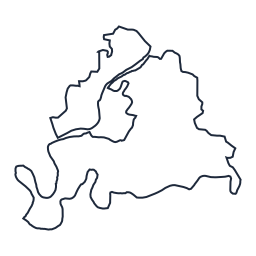 Banha, Al Qalyubiyah, Egypt (Mercator projection)
{"feature_id": "37247803B8473784659060", "entity_name": "Banha", "entity_type": "district", "adm_level": 2, "iso_a3": "EGY", "parent_name": "Egypt", "parent_adm1": "Al Qalyubiyah", "projection": "mercator", "projection_center": [31.169, 30.453], "detail": "fine", "context": "isolated", "style": "outline", "palette": "slate", "viewbox_px": 256, "rotation_deg": 0, "n_neighbors": 0, "source": "geoboundaries", "source_scale": "gbopen_adm2", "svg_char_len": 5737}
<svg xmlns="http://www.w3.org/2000/svg" viewBox="0 0 256 256"><path d="M89.5,132.0L87.4,132.7L86.1,133.4L84.1,133.6L82.7,134.5L81.6,135.7L80.9,135.9L78.8,136.3L74.1,136.4L69.6,137.0L65.9,138.0L63.3,139.1L61.0,139.5L58.5,140.2L54.9,141.6L51.8,143.0L50.7,143.8L49.7,144.0L48.9,144.7L48.1,146.2L47.9,147.1L48.0,149.5L48.4,151.6L50.3,156.3L53.8,161.3L54.5,163.4L56.4,166.7L57.9,170.4L58.1,171.5L57.7,172.9L57.8,174.2L57.8,175.5L57.1,177.5L57.3,178.6L57.2,179.5L56.5,181.6L56.3,183.5L55.8,183.8L56.0,185.2L56.0,187.0L55.5,189.9L54.4,192.1L53.0,194.2L51.0,196.4L49.8,197.2L48.4,197.7L47.0,197.9L45.7,197.8L43.4,197.4L42.3,197.0L41.2,196.3L39.2,194.1L38.1,192.2L37.3,189.3L36.5,187.0L36.2,184.6L35.4,182.1L34.3,177.3L32.7,173.7L31.3,171.0L29.3,169.4L27.9,168.7L26.8,167.9L25.0,167.0L23.3,165.6L22.0,165.7L19.0,165.8L17.6,166.1L16.3,166.6L15.8,167.7L15.5,168.7L15.5,171.3L15.9,173.0L15.5,173.8L15.4,174.7L15.9,176.7L16.7,178.3L17.5,179.6L18.5,180.7L25.5,186.3L29.7,190.3L30.8,191.8L31.5,193.7L33.7,197.6L33.6,199.7L33.4,201.0L32.7,202.7L32.8,203.0L32.6,203.7L31.5,206.2L30.0,208.5L27.7,212.9L26.2,214.7L25.5,216.3L24.3,217.1L23.3,218.5L26.2,220.4L28.3,222.1L29.0,223.3L29.9,224.4L31.1,225.0L32.3,226.0L34.3,227.2L36.0,228.0L37.2,228.3L39.9,228.4L40.9,228.8L42.0,228.7L43.3,228.9L44.8,228.9L48.1,229.5L49.1,229.5L50.1,229.3L51.9,229.3L55.5,227.9L58.5,225.8L59.8,225.1L60.5,224.2L61.9,221.6L62.2,220.5L62.3,218.9L62.7,216.6L62.6,209.1L62.2,207.3L60.7,204.3L60.5,203.5L60.4,201.3L60.8,200.3L61.6,199.5L65.1,198.4L69.6,198.8L71.5,198.4L72.6,197.8L73.9,196.8L75.0,195.5L76.8,191.4L78.0,189.0L80.1,185.6L81.2,184.3L82.4,184.1L84.8,181.8L86.3,178.7L86.6,175.9L87.6,172.0L89.6,169.5L91.4,169.8L92.9,169.6L93.9,169.8L95.9,171.5L96.6,173.2L97.6,174.6L97.1,177.9L95.9,179.7L95.4,181.9L93.4,184.9L92.4,187.6L91.3,189.8L90.4,194.4L90.6,197.0L92.0,199.7L93.5,201.8L94.3,203.4L96.6,206.2L97.9,207.3L100.1,208.0L102.6,208.5L104.5,208.5L107.8,208.1L110.1,202.9L110.3,194.9L110.1,193.9L110.4,192.5L112.0,191.9L113.9,192.6L116.8,193.1L118.5,193.3L120.6,193.2L122.0,193.4L123.7,193.2L125.4,193.2L126.8,192.2L128.8,192.3L130.1,192.6L131.4,193.3L133.3,194.6L136.8,197.5L139.3,197.7L142.3,197.7L146.4,197.0L155.0,193.6L157.9,192.3L161.8,190.3L165.4,187.9L170.0,185.8L172.5,185.2L174.8,185.1L183.5,187.0L186.8,188.1L189.1,189.3L191.0,188.8L194.2,185.1L194.7,184.2L197.4,180.7L199.3,177.9L200.3,177.0L201.3,176.5L202.7,176.0L204.2,175.8L205.7,175.9L210.8,177.1L215.5,177.3L220.9,177.0L225.1,176.7L228.7,175.9L230.4,176.6L231.1,178.5L230.5,181.7L230.3,190.1L230.5,191.3L231.1,192.3L232.8,193.6L235.6,193.8L236.4,192.8L237.2,190.2L239.3,186.2L240.1,183.9L240.3,182.3L240.3,181.0L240.6,179.7L234.9,170.2L232.8,167.3L229.8,165.8L228.4,163.2L226.5,157.6L227.3,157.9L230.4,157.8L232.7,156.7L233.6,152.0L235.3,148.3L231.5,145.6L227.9,142.7L226.1,141.6L224.6,136.6L220.2,135.7L217.3,135.7L211.2,135.1L208.4,133.0L206.6,130.8L205.2,129.8L199.0,129.2L197.0,127.9L194.8,122.9L194.1,119.4L197.0,116.9L202.6,113.1L203.1,110.8L201.4,109.4L201.4,106.5L202.3,104.0L202.3,102.3L198.8,99.2L197.3,95.8L197.4,80.4L197.2,77.7L194.3,76.1L192.6,74.4L188.1,72.7L185.4,72.1L182.9,71.9L181.4,71.0L180.7,68.2L180.4,64.3L180.0,62.2L179.8,58.0L179.5,56.0L178.4,54.6L176.7,53.5L174.7,52.6L172.5,50.8L167.3,50.7L165.8,51.7L164.2,53.3L161.1,58.8L159.9,58.9L158.3,57.4L157.2,57.0L153.6,56.8L152.0,56.4L150.2,56.2L149.4,55.8L147.3,59.2L146.3,60.2L143.2,64.3L142.0,65.0L141.5,65.7L141.1,66.6L139.9,67.7L135.3,70.4L134.3,70.5L133.0,70.9L131.9,71.0L131.0,71.6L129.8,72.0L128.1,72.9L126.9,73.2L124.6,74.8L123.6,74.9L121.7,76.4L117.6,78.4L116.3,79.6L113.9,81.0L112.4,82.6L111.1,83.6L109.1,86.1L108.8,86.9L108.1,87.3L107.9,87.8L107.8,88.0L108.1,88.2L111.2,89.4L113.2,90.6L114.3,91.0L116.8,91.0L117.7,90.6L119.8,88.8L120.7,87.0L122.2,82.6L122.5,81.9L123.0,81.4L123.9,81.1L124.9,80.9L126.1,81.3L128.1,82.4L128.5,83.4L127.2,86.4L125.8,88.5L124.6,89.9L124.1,91.0L123.2,92.3L122.9,93.1L122.8,93.8L122.9,94.4L123.2,94.9L123.6,95.3L125.1,96.0L126.0,95.8L128.5,96.7L129.1,97.1L131.2,99.3L131.9,101.0L132.1,102.2L131.6,103.7L130.6,105.3L129.0,107.6L127.8,109.0L126.3,111.1L126.1,112.3L126.3,112.9L126.7,113.3L128.1,114.2L129.4,114.6L133.1,115.1L135.4,115.8L136.1,115.9L135.3,117.7L134.3,118.7L133.7,119.7L133.1,122.9L133.0,125.1L132.0,127.6L130.9,128.7L128.9,131.4L124.2,140.0L123.4,140.3L121.6,140.7L121.3,140.4L120.2,140.2L116.8,141.8L115.2,142.1L113.9,141.8L112.2,141.0L109.9,139.7L108.9,138.9L104.0,137.4L100.9,137.2L98.8,137.3L95.2,136.9L93.5,136.9L92.6,136.8L91.3,135.5L89.5,132.0ZM57.8,137.8L67.1,133.1L71.4,130.7L75.9,129.3L80.7,128.6L83.9,128.8L87.6,129.3L89.4,129.1L90.7,128.7L92.2,127.9L95.1,125.8L96.3,124.7L97.6,123.2L98.5,121.8L99.3,120.0L99.7,118.3L99.0,109.9L98.5,107.8L98.1,105.5L98.0,103.3L98.1,101.7L98.8,100.7L99.8,100.2L100.4,99.1L101.0,97.3L101.4,95.3L102.3,92.9L105.1,86.3L105.9,85.0L107.3,83.5L111.2,81.1L112.5,79.9L113.8,78.5L119.3,74.2L121.2,73.4L123.1,72.3L126.2,69.9L131.7,67.1L135.3,64.5L140.1,60.8L142.9,59.0L143.1,58.2L143.5,57.5L145.3,56.3L146.7,55.0L147.9,53.7L148.8,52.3L149.8,50.0L150.5,46.5L145.0,41.2L138.5,33.1L136.5,31.0L133.7,29.8L132.1,29.6L127.8,29.6L118.9,26.5L117.2,28.5L115.2,29.7L113.1,33.7L104.0,35.1L103.7,37.1L104.1,39.2L109.8,40.4L109.4,43.6L109.8,46.6L111.9,48.9L112.1,51.5L111.3,54.4L111.2,55.1L109.1,56.7L107.7,56.9L107.2,54.9L107.8,53.2L107.8,51.6L107.0,50.8L102.9,50.0L98.5,51.5L98.1,51.9L98.5,52.0L99.2,52.5L99.3,68.5L97.3,71.8L91.3,71.5L90.3,73.4L89.3,77.0L86.3,80.1L85.6,80.6L82.8,81.3L79.0,81.2L79.5,84.7L79.6,86.2L77.5,85.7L76.2,85.8L73.0,85.4L70.5,85.4L69.7,85.9L67.7,88.6L66.6,92.3L65.6,97.4L66.9,108.4L65.8,110.7L58.0,117.6L55.9,117.7L52.9,117.2L50.3,118.0L52.4,124.2L53.4,127.7L55.8,133.9L57.8,137.8Z" fill="none" stroke="#1e293b" stroke-width="2"/></svg>